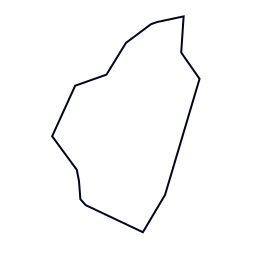 outline of Veržej, rotated 84°
{"feature_id": "SVN-267", "entity_name": "Veržej", "entity_type": "Municipality", "adm_level": 1, "iso_a3": "SVN", "parent_name": "Slovenia", "parent_adm1": "", "projection": "natural_earth1", "projection_center": [16.171, 46.583], "detail": "fine", "context": "isolated", "style": "outline", "palette": "ink", "viewbox_px": 256, "rotation_deg": 84, "n_neighbors": 0, "source": "natural_earth", "source_scale": "10m", "svg_char_len": 341}
<svg xmlns="http://www.w3.org/2000/svg" viewBox="0 0 256 256"><g transform="rotate(84 128 128)"><path d="M86.6,51.7L198.3,98.1L233.2,124.1L200.4,178.0L193.9,182.8L175.6,182.3L164.2,183.3L128.3,204.3L80.4,176.1L72.7,143.9L43.1,121.1L27.2,94.4L25.6,87.9L22.8,61.0L58.5,67.2L86.6,51.7Z" fill="none" stroke="#020617" stroke-width="2"/></g></svg>